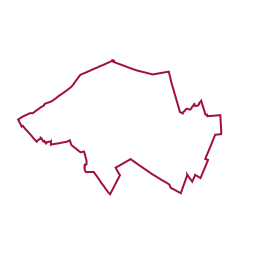 Sanandrei, Timis, Romania (Mercator projection), rotated 132°
{"feature_id": "2599482B6539114873725", "entity_name": "Sanandrei", "entity_type": "district", "adm_level": 2, "iso_a3": "ROU", "parent_name": "Romania", "parent_adm1": "Timis", "projection": "mercator", "projection_center": [21.197, 45.88], "detail": "fine", "context": "isolated", "style": "outline", "palette": "rose", "viewbox_px": 256, "rotation_deg": 132, "n_neighbors": 0, "source": "geoboundaries", "source_scale": "gbopen_adm2", "svg_char_len": 5245}
<svg xmlns="http://www.w3.org/2000/svg" viewBox="0 0 256 256"><g transform="rotate(132 128 128)"><path d="M195.2,215.4L195.8,213.9L196.9,210.9L197.7,208.8L198.1,207.9L196.7,207.5L197.1,205.7L197.3,204.7L197.5,203.8L197.5,203.6L197.5,203.4L197.5,202.9L197.6,202.0L197.6,201.0L197.7,200.1L197.9,198.5L198.0,197.4L198.2,195.8L198.5,193.5L198.9,191.1L199.0,189.9L199.2,188.2L199.3,186.6L198.9,186.6L198.7,186.6L198.3,186.7L198.1,186.7L197.9,186.7L197.7,186.8L197.5,186.7L197.2,186.7L196.9,186.7L196.6,186.6L196.3,186.5L196.0,186.4L195.7,186.3L195.3,186.2L195.2,186.0L195.1,185.9L194.9,185.9L194.6,186.0L194.5,185.9L194.3,185.9L194.2,185.9L193.9,186.0L193.6,186.3L193.5,185.9L193.9,184.6L194.6,182.1L193.7,181.8L194.2,180.4L193.7,180.3L193.6,180.1L194.0,179.2L194.2,178.5L192.7,178.6L192.1,178.2L191.7,178.0L191.5,177.9L191.4,177.7L191.0,177.4L190.5,177.0L189.5,176.4L189.4,176.4L189.5,176.3L189.7,176.1L190.1,175.8L190.5,175.3L191.3,174.6L191.6,174.4L192.0,174.1L189.6,172.4L188.9,171.8L188.4,171.5L188.0,171.1L187.5,170.7L187.1,170.4L186.8,170.1L186.5,169.8L186.1,169.5L182.7,167.0L181.4,166.0L179.8,164.7L179.3,164.4L179.2,164.3L179.0,164.2L176.1,163.0L177.3,160.9L178.4,158.8L178.5,158.1L178.5,157.7L178.4,156.2L178.2,153.3L178.1,150.7L177.9,148.1L177.8,147.0L175.9,145.6L174.9,144.9L175.0,144.7L175.9,143.3L176.9,141.7L177.0,141.5L177.4,140.9L177.9,140.3L178.5,139.2L178.9,138.6L179.3,138.1L179.5,137.8L179.8,137.5L179.9,137.2L180.1,137.0L180.2,136.8L180.5,136.4L180.8,136.2L181.1,136.0L181.8,135.5L181.9,135.4L182.0,135.2L182.4,134.8L182.5,134.6L183.0,134.6L183.2,134.8L183.3,134.9L183.5,135.0L183.8,135.3L184.0,135.4L184.1,135.5L184.4,135.6L184.5,135.6L184.8,135.4L185.2,134.7L185.4,134.5L185.5,134.2L185.8,133.9L186.0,133.9L186.4,134.0L186.6,133.7L186.8,133.6L187.0,133.5L187.1,133.3L187.2,133.1L187.3,132.9L187.5,132.6L188.1,132.1L188.3,131.7L188.5,131.1L188.6,130.7L188.7,130.4L188.9,129.9L188.9,129.7L187.6,128.3L184.9,125.5L183.6,124.1L184.0,122.5L184.1,121.8L184.6,119.4L185.2,116.7L185.5,115.3L185.9,114.1L186.1,113.4L186.7,111.0L187.2,108.2L187.3,107.6L188.0,104.6L188.4,102.8L189.0,99.8L189.2,97.0L182.2,98.8L176.0,100.4L168.5,102.4L168.5,102.6L168.3,103.2L167.3,106.3L166.1,109.7L165.7,110.7L161.7,109.2L158.7,108.3L154.4,106.9L152.1,106.1L150.6,105.6L149.6,105.3L149.4,105.3L149.2,103.5L148.5,97.8L148.2,95.0L147.7,91.3L147.1,86.6L146.2,79.7L145.7,76.7L145.5,76.0L144.9,72.8L144.1,68.0L143.1,63.7L142.6,61.1L142.5,60.5L142.5,60.1L142.5,59.5L142.6,59.1L142.7,58.7L143.0,58.1L143.7,56.6L143.8,56.1L143.8,55.7L143.7,55.5L143.3,54.0L143.1,53.4L142.3,50.0L141.6,47.1L141.3,46.0L141.2,45.4L141.1,45.1L136.6,47.0L134.1,48.1L130.0,49.7L127.4,50.8L123.4,52.4L123.0,52.8L123.6,50.6L124.3,47.7L124.2,47.5L124.2,47.2L124.9,44.4L121.0,45.6L117.9,46.7L117.4,44.2L116.7,40.6L115.3,41.1L111.1,42.6L108.9,43.3L104.6,44.8L99.6,46.6L98.2,47.2L99.3,49.8L98.5,50.1L97.6,50.5L94.2,51.7L89.6,53.3L87.6,54.0L84.2,55.2L80.2,56.7L77.2,57.8L74.9,58.6L74.7,58.7L72.4,56.6L70.2,54.7L70.0,54.8L67.7,56.9L66.2,58.4L64.9,59.7L63.0,61.6L61.9,62.7L60.7,64.0L58.8,65.8L58.0,66.7L56.7,68.0L61.7,72.7L66.1,76.9L65.1,78.2L66.2,79.4L61.1,88.0L58.8,91.8L59.3,91.7L59.5,91.6L59.8,91.6L60.1,91.6L60.4,91.7L60.7,91.8L60.9,91.8L61.2,91.8L61.6,91.8L61.8,91.7L62.0,91.7L62.3,91.4L62.4,91.2L62.5,91.1L65.2,91.0L65.2,90.9L65.3,91.3L65.4,91.5L65.6,91.8L65.8,92.1L66.2,92.3L66.4,92.6L66.7,92.9L66.8,93.1L65.7,94.8L65.8,94.9L66.2,94.8L66.5,94.8L66.9,94.7L67.2,94.6L67.5,94.5L67.8,94.5L68.0,94.4L68.4,94.4L68.8,94.4L69.3,94.4L69.6,94.5L69.8,94.5L70.2,94.4L70.5,94.3L70.8,94.1L71.0,94.0L71.3,94.0L71.6,94.0L71.8,94.0L72.2,94.0L72.5,94.1L72.9,94.3L73.0,94.4L73.2,94.7L73.3,94.9L73.4,95.1L73.5,95.3L73.5,95.6L73.7,96.2L73.8,96.6L74.0,96.8L74.2,97.0L74.6,97.2L74.9,97.3L75.4,97.5L75.7,97.5L76.0,97.5L76.7,97.4L77.0,97.4L77.4,97.4L77.8,97.3L78.5,97.4L78.9,97.5L79.2,97.6L79.5,97.6L79.8,97.6L80.5,97.1L81.2,99.3L81.4,100.0L79.5,103.1L76.5,107.9L71.6,115.8L67.7,122.1L66.0,124.8L65.9,125.1L58.8,135.4L71.7,145.5L74.3,150.5L77.1,155.8L79.2,159.7L81.7,165.5L84.5,172.8L84.6,173.0L87.6,180.5L88.5,182.9L87.8,183.0L87.6,183.1L87.5,183.3L87.4,183.4L87.4,183.7L87.5,183.9L87.8,184.5L88.1,184.9L88.1,185.0L88.3,185.1L88.5,184.9L88.6,184.7L88.9,184.7L89.5,185.0L89.9,185.2L94.6,187.3L95.8,187.8L98.6,189.0L99.6,189.5L99.9,189.7L100.2,189.9L101.8,190.6L103.3,191.2L106.9,192.9L111.9,195.1L114.3,196.2L115.1,196.5L120.3,199.0L122.1,198.8L122.7,198.8L125.7,198.5L130.4,198.1L130.6,198.0L133.3,197.7L133.6,197.7L134.1,197.7L134.5,197.7L135.8,197.8L136.9,197.9L138.0,198.1L139.4,198.4L140.8,198.6L141.3,198.7L142.1,198.9L144.0,199.3L145.6,199.7L148.7,200.4L149.7,200.7L151.0,201.0L151.3,201.1L151.5,201.1L152.0,201.1L152.6,201.2L152.9,201.3L153.8,201.4L154.4,201.5L154.8,201.6L155.1,201.7L155.9,201.9L156.5,202.0L158.1,202.4L158.6,202.5L159.7,202.9L160.1,203.0L161.0,203.4L163.1,204.7L165.1,205.7L165.8,206.0L166.0,206.0L166.5,205.9L167.1,205.8L167.2,205.7L167.4,205.7L167.5,205.6L167.9,205.5L168.1,205.6L168.8,205.9L170.3,206.5L173.6,207.2L174.5,207.4L177.6,208.1L180.4,208.6L180.6,208.7L180.8,208.8L181.1,209.1L182.4,210.5L182.8,210.8L183.3,211.1L183.7,211.3L184.0,211.4L185.3,211.9L187.4,212.8L189.3,213.6L190.7,214.1L193.0,214.7L195.2,215.4Z" fill="none" stroke="#9f1239" stroke-width="2"/></g></svg>